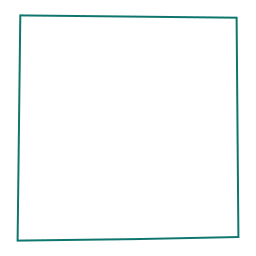 the district of Irion, Texas, United States of America
{"feature_id": "52423323B54674882577965", "entity_name": "Irion", "entity_type": "district", "adm_level": 2, "iso_a3": "USA", "parent_name": "United States of America", "parent_adm1": "Texas", "projection": "equal_earth", "projection_center": [-101.026, 31.304], "detail": "fine", "context": "isolated", "style": "outline", "palette": "teal", "viewbox_px": 256, "rotation_deg": 0, "n_neighbors": 0, "source": "geoboundaries", "source_scale": "gbopen_adm2", "svg_char_len": 193}
<svg xmlns="http://www.w3.org/2000/svg" viewBox="0 0 256 256"><path d="M20.3,15.4L17.6,240.6L135.4,239.1L238.4,237.0L236.6,17.7L20.3,15.4Z" fill="none" stroke="#0f766e" stroke-width="2"/></svg>